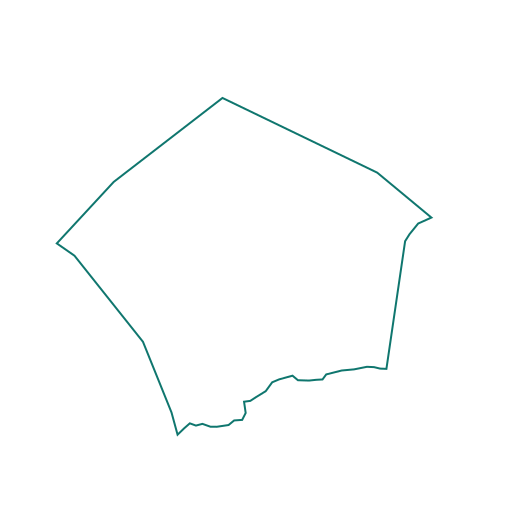 the district of São Paulo do Potengi, Rio Grande do Norte, Brazil, rotated 155°
{"feature_id": "56859067B7948406347889", "entity_name": "São Paulo do Potengi", "entity_type": "district", "adm_level": 2, "iso_a3": "BRA", "parent_name": "Brazil", "parent_adm1": "Rio Grande do Norte", "projection": "albers", "projection_center": [-35.745, -5.935], "detail": "fine", "context": "isolated", "style": "outline", "palette": "teal", "viewbox_px": 512, "rotation_deg": 155, "n_neighbors": 0, "source": "geoboundaries", "source_scale": "gbopen_adm2", "svg_char_len": 667}
<svg xmlns="http://www.w3.org/2000/svg" viewBox="0 0 512 512"><g transform="rotate(155 256 256)"><path d="M110.9,280.3L219.6,413.4L353.6,383.3L431.2,351.6L420.4,333.0L394.7,226.0L396.8,185.9L398.7,149.9L402.6,127.2L393.9,130.2L386.7,132.3L382.1,127.7L375.5,126.5L369.4,120.5L363.7,117.8L352.3,114.4L345.3,116.2L337.8,113.3L331.7,118.1L328.4,129.0L322.4,127.1L315.5,128.1L304.3,129.4L294.7,134.7L287.1,134.4L273.5,132.1L270.5,125.7L260.6,120.7L253.9,118.4L247.9,116.0L242.4,119.0L226.7,116.0L215.0,111.8L202.3,108.7L196.0,105.4L191.1,101.5L185.5,98.6L114.6,206.4L107.6,210.9L95.3,216.9L80.8,216.7L110.9,280.3Z" fill="none" stroke="#0f766e" stroke-width="2"/></g></svg>